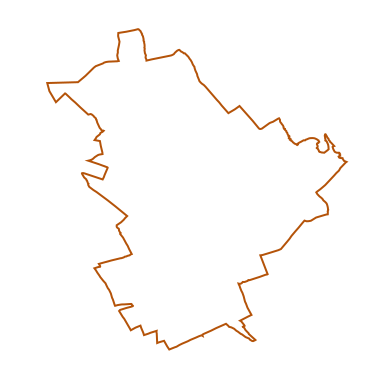 Lunca, Botosani, Romania, rotated 184°
{"feature_id": "2599482B33736794577199", "entity_name": "Lunca", "entity_type": "district", "adm_level": 2, "iso_a3": "ROU", "parent_name": "Romania", "parent_adm1": "Botosani", "projection": "robinson", "projection_center": [27.0, 47.617], "detail": "fine", "context": "isolated", "style": "outline", "palette": "amber", "viewbox_px": 384, "rotation_deg": 184, "n_neighbors": 0, "source": "geoboundaries", "source_scale": "gbopen_adm2", "svg_char_len": 5911}
<svg xmlns="http://www.w3.org/2000/svg" viewBox="0 0 384 384"><g transform="rotate(184 192 192)"><path d="M276.6,345.5L276.6,343.1L276.5,342.1L274.8,336.9L275.1,333.5L275.9,328.0L275.7,325.7L276.0,324.4L276.1,322.9L275.3,319.9L274.2,317.6L275.6,317.2L284.4,316.2L286.7,315.7L288.6,315.0L289.9,314.0L296.8,310.8L298.6,309.2L306.3,300.5L313.4,293.6L344.0,290.6L341.3,282.7L334.0,272.1L325.5,281.5L325.0,281.3L321.4,278.4L318.7,276.1L314.7,273.1L309.4,268.7L300.9,262.0L298.5,262.7L297.5,262.4L295.5,261.0L295.0,260.3L293.0,258.7L292.7,257.5L292.2,257.2L292.0,256.3L291.6,255.5L291.5,254.9L288.6,249.6L287.1,248.1L286.7,247.4L286.2,247.0L285.0,247.1L284.4,246.9L284.8,246.4L285.7,245.6L287.4,244.6L287.6,244.2L287.9,243.1L291.0,240.3L291.7,238.8L292.8,237.0L287.4,236.4L286.2,231.6L284.2,225.3L283.9,223.6L287.2,222.8L288.5,222.2L291.4,220.0L293.1,218.2L293.8,217.6L295.8,216.6L297.7,216.0L287.8,213.5L278.1,210.7L277.8,210.3L280.4,202.8L281.0,200.6L282.0,198.3L300.7,203.1L302.0,203.3L303.0,203.1L303.1,202.9L302.8,202.2L300.6,199.0L298.3,197.2L297.9,196.1L297.5,195.9L297.3,195.5L296.5,193.6L296.2,193.1L295.9,193.0L296.1,192.0L294.9,190.0L290.5,187.1L287.2,185.3L275.5,177.8L267.4,172.3L255.0,163.5L257.1,161.1L258.1,159.6L260.7,156.8L264.8,153.6L264.7,152.1L264.4,151.6L263.8,151.0L262.5,150.3L262.2,149.3L262.1,148.4L260.9,146.6L260.3,146.1L260.8,145.2L257.6,141.7L254.0,136.0L252.4,133.8L250.7,130.6L247.8,125.9L248.9,125.4L249.8,124.5L251.9,123.8L253.1,123.1L254.5,122.8L255.5,122.0L257.7,121.1L258.8,120.9L267.6,118.1L279.9,113.8L278.5,111.8L278.4,111.3L278.5,111.0L280.6,110.5L284.0,109.1L282.4,107.2L280.7,104.8L278.5,102.1L277.7,100.9L274.4,97.3L271.9,94.9L270.9,93.0L269.2,90.1L268.0,88.8L265.9,85.2L264.4,81.0L263.4,79.2L261.3,74.0L260.8,73.1L258.3,74.0L254.5,74.9L251.4,75.2L244.8,76.1L244.5,76.0L244.1,75.3L243.0,74.3L243.1,74.0L245.0,73.2L249.2,71.8L255.1,69.5L255.8,69.1L256.0,68.6L256.4,68.2L252.4,62.6L250.7,60.7L244.4,51.4L243.4,49.8L238.8,52.8L234.1,55.1L233.1,52.7L230.8,48.2L229.9,45.9L225.5,47.7L223.8,48.6L217.6,51.0L217.7,49.8L217.3,48.4L216.2,38.9L214.6,39.7L209.5,41.6L206.0,36.3L203.7,33.3L198.3,35.9L196.6,36.6L193.9,38.5L191.1,40.1L185.8,42.8L183.2,44.4L178.2,46.9L174.8,48.7L172.5,49.7L171.4,49.2L171.7,50.0L171.5,50.5L170.5,51.2L163.3,55.0L158.4,57.9L148.9,62.9L146.4,61.0L146.1,60.6L146.0,60.4L145.6,60.1L143.3,59.7L140.4,58.5L138.1,56.7L136.5,55.9L133.5,53.9L132.3,53.5L128.4,51.0L124.8,49.8L124.0,48.8L122.1,47.8L121.7,47.6L120.7,47.5L118.8,48.5L118.4,48.8L125.3,54.2L125.7,55.0L129.0,58.0L130.4,60.1L130.9,60.5L131.8,60.9L131.9,61.1L131.2,61.6L130.2,62.1L130.2,62.3L131.0,63.3L133.1,65.6L134.1,66.6L135.0,67.0L127.3,71.7L124.1,73.5L128.6,80.5L130.4,84.5L131.5,86.4L133.2,91.6L134.7,95.0L135.9,96.9L137.5,100.3L138.1,102.0L138.7,102.7L139.2,103.9L138.0,103.7L136.9,104.0L136.1,104.5L135.1,105.8L133.4,105.9L132.8,106.1L130.3,107.2L130.2,107.5L129.6,108.1L128.9,108.0L127.6,108.4L118.4,112.1L112.8,114.6L111.2,115.0L110.8,115.3L112.4,118.6L119.4,133.6L117.4,134.0L110.8,136.5L101.8,140.0L99.3,141.3L93.6,149.1L91.4,152.2L89.7,155.1L86.2,159.9L83.3,163.7L79.6,168.9L77.8,171.3L75.6,170.8L73.8,171.0L71.4,171.6L66.4,175.2L57.9,178.4L56.1,179.0L55.0,179.2L55.1,182.0L55.3,182.3L54.9,183.5L54.9,183.8L55.1,184.0L55.3,185.4L55.6,186.6L56.2,188.4L56.9,189.9L58.2,191.2L60.5,192.9L60.9,193.7L62.4,195.1L64.5,196.5L66.8,198.6L68.0,200.3L67.6,200.8L64.1,203.8L59.6,208.2L51.3,218.4L49.4,220.9L47.0,223.5L46.5,224.4L45.7,226.2L40.7,232.2L40.0,232.8L42.6,233.7L44.0,235.7L44.2,236.3L45.3,236.2L45.8,236.3L46.7,236.3L47.7,236.7L48.2,237.6L47.4,238.2L46.7,238.5L47.6,240.2L47.1,240.4L47.8,241.4L50.5,241.3L52.1,241.9L52.6,242.3L54.0,244.5L54.9,246.8L54.4,247.4L53.4,247.8L56.9,251.1L57.6,251.5L57.9,252.2L59.2,253.5L59.6,254.7L60.8,255.8L61.3,256.9L61.7,257.3L62.6,258.7L62.8,258.9L63.1,258.8L63.3,258.7L63.5,257.3L63.1,256.1L63.0,255.1L62.4,253.3L62.5,253.0L62.6,252.7L62.4,252.5L61.6,252.2L61.1,251.7L59.6,248.9L59.1,247.1L58.7,244.2L59.6,243.2L62.8,240.4L65.7,240.5L67.3,241.0L67.5,240.9L68.1,241.3L68.4,242.2L69.3,243.5L69.4,243.8L70.6,244.5L70.6,244.8L69.9,245.4L69.8,245.8L69.9,246.8L70.7,248.2L70.7,248.8L70.4,249.3L69.6,249.6L69.2,250.0L69.3,250.3L68.6,250.9L69.2,251.8L69.4,252.3L69.9,252.5L71.0,253.2L72.7,253.9L74.0,254.2L75.8,254.2L78.2,253.9L79.3,253.5L81.2,252.5L82.2,252.1L82.8,251.4L84.4,251.3L86.6,249.8L88.5,248.7L89.9,247.6L89.6,246.8L90.4,246.2L91.8,247.1L93.1,247.4L93.9,248.1L94.8,248.6L95.4,249.4L96.0,249.7L96.4,250.3L97.0,250.3L97.2,251.0L97.8,251.0L97.7,251.6L98.2,251.5L98.4,252.1L99.2,252.4L99.2,252.6L98.6,252.9L98.7,254.2L99.6,254.4L99.6,254.6L99.3,254.9L100.2,255.6L101.0,257.0L101.1,257.7L102.1,258.6L102.2,259.4L103.6,260.5L103.7,261.4L104.5,261.4L104.7,261.9L105.1,262.3L105.2,262.5L105.1,263.1L105.7,264.4L106.6,265.5L107.2,266.0L107.4,266.5L108.7,267.8L109.1,268.7L109.3,270.2L110.3,271.6L111.3,271.1L116.1,267.7L118.4,266.7L119.5,266.1L126.7,260.1L127.8,259.7L128.6,259.6L129.2,259.8L129.7,260.1L136.3,267.1L150.6,281.1L155.1,277.4L161.2,273.2L168.4,280.3L171.2,283.4L173.7,285.7L185.9,298.0L187.6,299.5L189.9,300.9L191.2,302.0L192.3,303.1L193.0,304.7L194.7,308.1L195.2,310.0L197.1,313.4L198.2,316.2L198.2,316.8L200.0,319.1L201.3,321.7L202.7,323.7L203.5,324.5L205.3,326.9L206.4,327.7L206.8,328.2L207.9,329.0L208.4,329.6L209.0,329.9L209.9,329.8L210.3,330.2L211.5,330.9L212.8,331.4L214.0,332.5L214.6,332.9L215.4,332.7L216.8,331.8L218.7,329.8L219.8,328.2L220.9,327.5L222.0,326.9L223.6,326.4L241.4,321.5L246.6,319.9L246.8,321.1L247.7,322.7L247.6,323.2L247.7,324.3L247.5,325.0L247.8,325.7L248.6,327.1L249.3,330.2L249.1,331.5L249.3,332.0L249.6,332.6L249.4,333.1L249.5,334.6L249.7,336.0L250.2,337.7L250.3,338.9L250.8,339.3L251.0,340.3L250.9,340.9L251.8,343.9L252.8,345.4L252.8,346.1L253.3,346.6L253.6,347.4L254.3,348.3L254.7,349.1L255.5,349.6L256.3,350.4L257.2,350.7L260.7,349.5L268.7,347.3L276.6,345.5Z" fill="none" stroke="#b45309" stroke-width="2"/></g></svg>